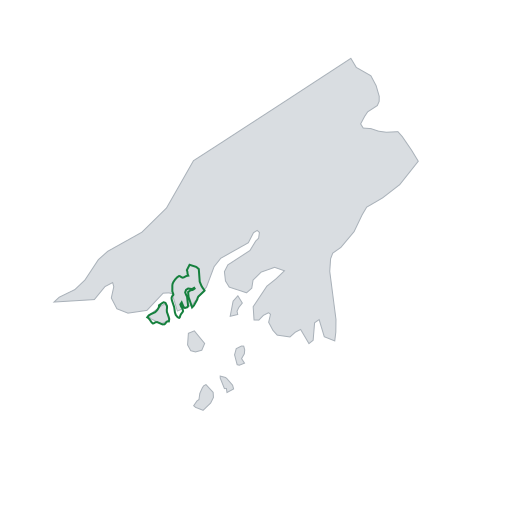 Guinea-Bissau, with Biombo highlighted, rotated 327°
{"feature_id": "GNB-5500", "entity_name": "Biombo", "entity_type": "Region", "adm_level": 1, "iso_a3": "GNB", "parent_name": "Guinea-Bissau", "parent_adm1": "", "projection": "orthographic", "projection_center": [-15.894, 11.883], "detail": "fine", "context": "in_parent", "style": "outline", "palette": "green", "viewbox_px": 512, "rotation_deg": 327, "n_neighbors": 0, "source": "natural_earth", "source_scale": "10m", "svg_char_len": 3373}
<svg xmlns="http://www.w3.org/2000/svg" viewBox="0 0 512 512"><g transform="rotate(327 256 256)"><path d="M61.5,184.6L68.5,183.4L85.9,185.5L99.4,183.0L108.8,178.9L121.8,173.2L134.2,171.3L173.2,173.9L207.1,167.0L232.3,154.0L255.5,142.0L285.7,142.1L318.0,142.1L363.9,142.1L400.2,142.0L443.2,141.9L442.8,152.5L450.5,167.4L449.5,178.6L446.3,189.2L443.5,193.4L439.7,195.9L428.2,195.9L423.3,198.0L415.7,202.2L415.6,207.1L421.7,211.7L426.8,218.1L432.7,223.2L442.7,229.0L443.7,235.5L444.1,252.0L443.7,264.9L415.5,274.4L393.8,276.2L375.4,275.3L367.4,279.3L351.5,289.0L331.9,295.0L321.9,295.4L317.1,298.9L309.5,309.0L288.5,352.8L281.5,363.3L275.8,370.1L269.3,360.9L274.3,343.7L268.8,343.9L258.0,357.8L252.7,358.3L253.4,341.9L247.4,341.3L240.4,342.4L230.7,333.9L229.7,327.5L230.5,318.5L236.4,312.8L235.6,310.4L229.9,309.8L223.5,311.3L219.5,308.6L226.0,297.0L248.7,287.2L260.1,286.1L271.8,283.9L265.4,275.6L251.5,272.3L240.4,274.6L234.9,280.7L228.0,281.7L216.6,267.5L216.8,260.3L221.0,251.9L227.6,248.1L253.9,248.1L263.9,243.3L267.9,242.5L271.7,238.1L270.9,235.2L266.6,235.1L256.8,240.7L225.2,238.7L215.1,242.1L197.5,255.1L175.8,262.3L160.1,259.3L165.1,241.9L162.9,239.5L157.9,236.6L134.9,242.2L117.5,234.2L110.6,224.5L111.8,212.4L120.0,204.3L121.3,200.2L112.7,199.4L96.7,204.5L61.5,184.6ZM137.9,354.6L127.6,356.6L122.9,350.1L122.2,347.6L127.6,345.4L130.0,345.3L134.1,340.6L139.1,337.4L141.4,336.4L144.0,336.6L145.8,347.0L143.3,351.4L137.9,354.6ZM165.3,301.4L159.2,305.5L153.0,303.5L149.7,299.9L150.2,293.3L157.2,284.0L163.5,285.2L165.3,301.4ZM154.4,246.8L147.7,262.8L139.5,261.1L133.7,251.5L133.1,247.5L149.9,246.2L154.4,246.8ZM188.0,334.2L188.0,339.6L182.5,338.5L181.0,336.9L184.2,327.2L189.0,322.9L194.8,323.6L196.6,324.9L195.4,328.6L192.9,331.7L188.0,334.2ZM210.0,292.0L208.8,295.1L201.5,292.5L212.2,281.4L219.1,279.5L218.9,288.0L213.5,289.8L210.0,292.0ZM166.0,351.6L164.8,355.3L157.3,354.7L159.0,351.0L157.3,350.0L159.5,338.9L160.6,337.2L164.3,341.3L164.8,343.0L166.0,351.6Z" fill="#d9dde1" stroke="#a8b0b8" stroke-width="1"/><path d="M194.1,256.9L193.8,257.1L185.5,258.6L184.2,259.4L183.0,260.5L176.9,263.7L174.4,264.3L177.1,253.7L179.4,249.3L182.5,249.1L183.3,249.5L184.2,249.9L185.4,250.0L186.8,249.9L186.8,249.0L184.4,248.9L181.4,246.3L178.9,246.3L176.8,247.9L176.3,250.1L176.0,252.6L171.9,260.8L170.6,261.6L168.1,260.9L167.5,259.2L168.4,254.4L166.2,255.4L165.7,257.6L165.7,260.1L164.8,262.5L164.0,263.0L161.2,264.0L160.0,264.8L158.7,265.9L157.9,266.1L157.4,265.5L156.9,264.3L156.6,261.7L157.3,259.1L159.5,254.4L161.4,247.1L162.2,245.4L162.7,244.8L163.5,244.3L164.4,243.8L165.3,243.7L165.8,243.2L166.6,240.0L169.9,235.0L171.0,233.8L172.8,232.7L175.5,231.6L178.4,230.9L180.6,230.9L181.3,231.7L181.8,232.9L182.5,234.1L183.7,234.6L186.3,234.8L187.4,235.1L188.5,235.6L188.9,233.7L189.9,231.8L190.3,230.2L195.5,227.2L199.7,232.3L200.1,233.1L200.9,235.8L194.8,246.9L194.0,251.3L193.9,253.5L194.1,256.9ZM131.4,248.2L133.7,247.4L136.1,247.5L140.7,248.2L142.4,247.9L144.3,247.3L148.1,245.3L147.6,244.8L147.7,244.7L147.9,244.5L149.8,244.5L151.4,244.4L153.3,244.5L154.3,245.7L154.5,246.1L154.1,249.5L153.1,251.1L151.8,252.6L150.8,254.4L149.6,259.5L148.9,261.6L147.3,263.4L146.0,262.5L144.5,262.7L143.1,263.3L141.9,263.4L140.3,262.4L137.1,257.6L135.6,256.8L134.0,256.8L132.8,256.5L132.3,254.9L132.2,251.2L132.0,249.5L131.4,248.2Z" fill="none" stroke="#15803d" stroke-width="2"/></g></svg>